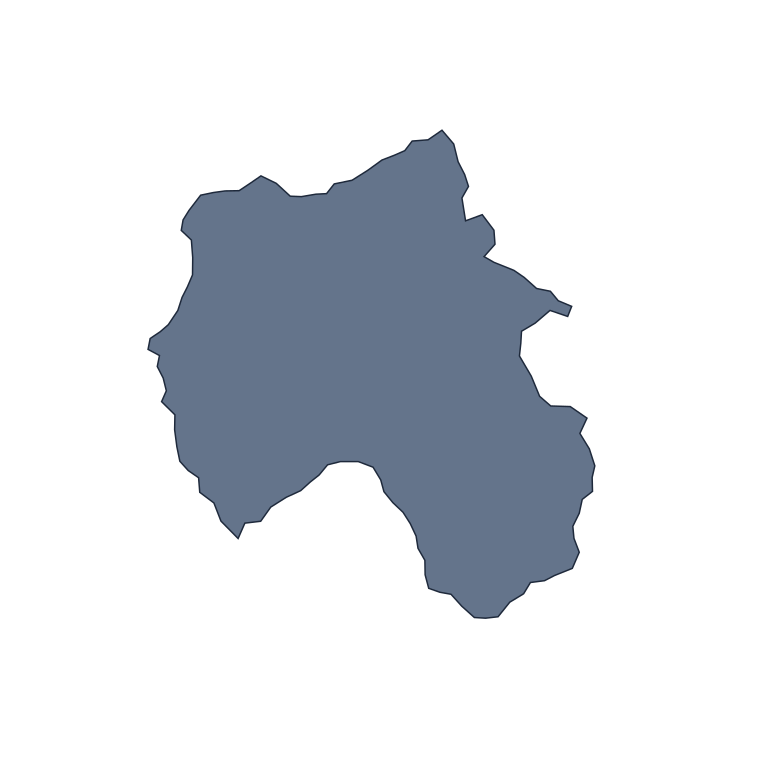 outline of Caiana, Minas Gerais, Brazil, rotated 318°
{"feature_id": "56859067B54164523766538", "entity_name": "Caiana", "entity_type": "district", "adm_level": 2, "iso_a3": "BRA", "parent_name": "Brazil", "parent_adm1": "Minas Gerais", "projection": "orthographic", "projection_center": [-41.908, -20.729], "detail": "fine", "context": "isolated", "style": "filled", "palette": "slate", "viewbox_px": 768, "rotation_deg": 318, "n_neighbors": 0, "source": "geoboundaries", "source_scale": "gbopen_adm2", "svg_char_len": 1611}
<svg xmlns="http://www.w3.org/2000/svg" viewBox="0 0 768 768"><g transform="rotate(318 384 384)"><path d="M596.9,234.2L580.1,232.0L567.5,222.3L555.6,224.5L544.7,220.9L532.4,216.2L514.7,214.3L496.6,211.2L480.9,202.0L468.7,204.1L460.3,197.3L448.0,189.5L440.0,181.7L438.2,162.8L431.8,147.0L418.8,145.3L405.7,143.4L395.1,134.2L385.4,127.6L374.1,121.0L355.3,124.5L344.5,127.6L336.1,134.2L337.2,148.1L326.4,162.1L314.7,174.8L302.8,180.3L291.9,184.5L280.0,191.4L263.4,195.6L252.6,195.4L240.7,193.7L231.8,200.4L236.2,212.6L227.2,219.3L223.9,231.8L217.7,243.4L206.9,248.3L208.0,267.0L197.8,277.9L188.1,292.0L180.6,304.8L180.6,317.3L183.5,329.6L174.6,341.2L178.0,358.6L171.1,376.8L172.2,401.2L187.5,394.3L200.5,403.5L217.5,399.7L235.6,402.8L250.7,407.5L263.5,407.5L275.0,408.2L288.0,406.3L299.7,412.5L313.0,424.5L320.2,438.5L317.4,453.1L311.9,464.0L311.2,478.1L312.3,492.1L310.1,505.3L306.1,518.5L299.3,528.9L296.4,542.4L286.9,553.3L280.5,565.8L286.2,576.2L293.1,585.1L293.1,601.2L294.9,618.0L302.8,626.0L313.0,633.3L331.5,630.3L347.4,633.3L360.0,629.5L371.7,637.6L382.5,640.4L400.6,647.0L416.5,639.7L421.9,625.8L429.1,616.1L442.6,610.7L454.1,602.4L467.1,603.3L476.2,592.7L485.9,585.9L493.2,569.6L496.5,551.8L512.0,545.2L507.3,525.4L493.2,511.9L491.4,497.3L498.7,476.7L503.4,453.8L512.9,445.3L521.5,436.8L537.0,439.9L556.6,440.4L565.7,456.7L575.4,451.9L569.2,438.7L569.7,426.4L561.3,415.1L559.5,398.6L556.6,386.5L547.1,367.1L543.6,356.3L560.0,354.4L568.6,343.3L570.3,323.9L553.8,317.3L566.4,297.9L579.0,293.7L584.1,282.3L587.8,268.4L596.4,252.3L596.9,234.2Z" fill="#64748b" stroke="#1e293b" stroke-width="1.5"/></g></svg>